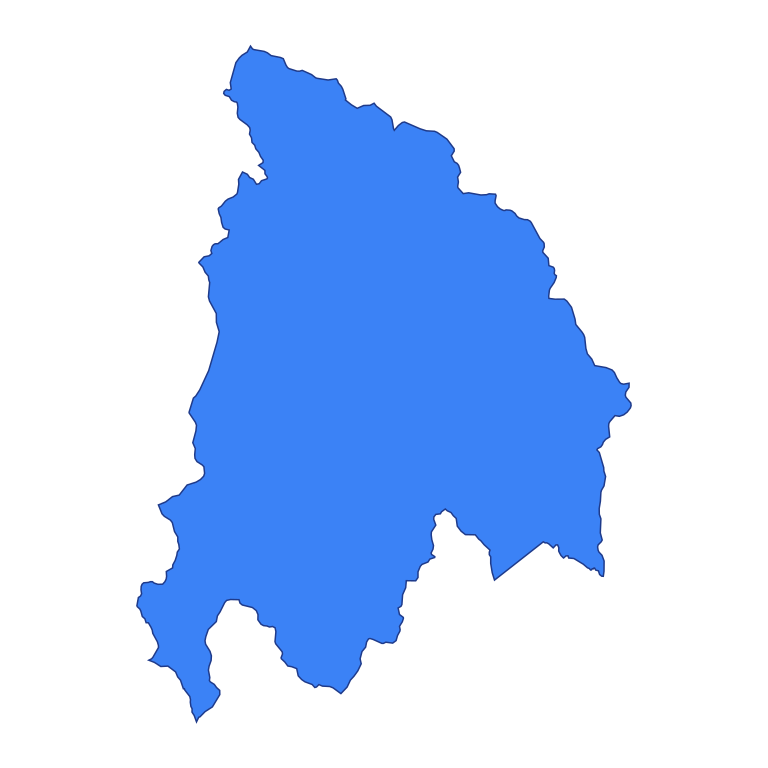 Lam Binh, Tuyên Quang, Vietnam
{"feature_id": "81297802B83942116722165", "entity_name": "Lam Binh", "entity_type": "district", "adm_level": 2, "iso_a3": "VNM", "parent_name": "Vietnam", "parent_adm1": "Tuyên Quang", "projection": "natural_earth1", "projection_center": [105.222, 22.507], "detail": "fine", "context": "isolated", "style": "filled", "palette": "blue", "viewbox_px": 768, "rotation_deg": 0, "n_neighbors": 0, "source": "geoboundaries", "source_scale": "gbopen_adm2", "svg_char_len": 6095}
<svg xmlns="http://www.w3.org/2000/svg" viewBox="0 0 768 768"><path d="M247.3,52.0L242.0,55.3L239.3,57.9L235.9,62.6L230.3,82.6L231.2,89.0L229.1,90.3L226.4,89.4L224.1,91.4L223.7,93.5L225.2,95.3L229.3,96.6L231.5,100.2L234.3,101.7L236.6,102.1L237.3,103.2L237.9,107.1L237.3,113.3L238.1,117.4L240.0,119.5L247.2,124.8L249.7,127.6L250.2,130.1L249.5,134.1L251.5,137.8L252.0,142.4L254.7,145.2L255.8,148.8L258.9,152.4L260.5,156.4L263.2,160.2L263.0,162.6L258.6,165.4L264.9,170.4L265.0,173.8L267.1,176.6L267.5,177.9L266.9,178.9L261.5,180.7L259.2,183.7L256.5,184.3L253.3,179.2L249.6,177.5L247.4,174.3L242.5,172.0L238.5,179.4L238.8,184.2L237.5,192.4L236.9,194.0L233.2,197.0L228.0,199.1L225.4,201.1L221.4,206.1L218.8,207.8L218.2,208.9L219.2,213.7L220.9,217.4L221.6,222.4L223.1,227.3L225.1,229.0L229.2,230.0L227.8,237.5L223.1,239.5L218.0,243.7L215.1,243.8L213.5,244.7L212.1,246.4L210.9,250.5L211.8,253.5L209.1,255.8L204.1,256.8L198.8,262.3L199.1,263.1L202.9,267.0L205.1,272.2L208.3,276.0L208.8,279.9L209.7,282.5L208.4,296.8L209.5,301.0L216.3,313.5L216.4,322.3L219.2,331.7L217.0,342.3L208.7,370.6L199.8,389.8L195.8,396.0L193.4,398.1L189.1,412.1L189.1,412.9L195.4,422.3L196.5,425.3L195.9,431.0L192.8,442.7L195.3,448.6L194.7,454.7L195.0,458.4L197.0,461.6L202.3,465.0L203.9,466.7L204.6,473.4L203.7,476.2L200.5,479.5L196.2,482.1L187.1,485.0L179.2,495.1L172.5,496.6L165.7,501.9L158.4,504.9L162.0,513.8L164.3,516.3L170.4,520.1L172.3,522.6L174.5,531.5L177.8,537.0L177.8,541.5L178.8,544.4L179.4,549.0L177.3,552.1L176.8,555.4L175.2,560.4L172.8,564.9L172.6,567.9L166.3,571.5L166.6,576.4L166.2,579.0L164.9,581.7L162.6,584.2L157.9,584.3L154.2,583.1L152.4,581.7L150.3,581.7L148.4,582.4L143.7,582.8L142.1,584.2L141.2,586.4L141.0,589.9L141.6,593.8L140.5,596.1L138.4,597.5L136.9,605.7L137.3,606.7L139.8,609.0L140.8,611.0L142.3,616.5L144.9,618.8L146.1,622.7L148.4,622.8L151.0,627.3L152.2,630.0L152.8,633.4L157.4,641.8L158.4,645.4L158.5,647.5L152.9,657.3L151.6,658.8L148.8,660.2L154.4,662.4L160.8,666.5L167.9,666.1L175.6,671.9L177.7,676.9L180.5,680.2L183.4,688.8L184.4,688.7L184.9,690.2L189.8,696.5L190.5,699.7L190.3,702.2L190.9,706.4L192.1,708.8L192.0,712.1L194.2,715.5L196.5,721.9L198.7,717.3L200.0,716.8L205.1,711.6L212.4,706.9L219.8,694.6L219.7,690.4L216.5,687.5L214.3,684.4L210.2,681.8L209.4,680.5L209.8,677.5L208.4,670.1L209.1,666.1L211.1,660.5L211.4,655.8L210.0,651.3L205.6,644.2L205.0,640.8L205.8,636.7L208.3,629.4L216.3,621.6L217.4,615.9L220.1,611.8L224.7,602.6L226.6,600.4L230.5,599.5L239.0,599.7L240.0,603.1L242.3,605.0L252.4,607.5L256.3,610.6L258.0,614.6L257.9,619.8L261.0,624.2L263.5,625.6L267.0,626.0L269.4,627.0L272.6,626.5L275.1,627.8L275.9,631.7L275.0,641.6L275.7,643.8L282.2,651.8L282.5,654.0L281.1,657.7L281.3,658.7L284.9,662.1L287.8,666.0L291.7,666.7L296.7,668.6L298.2,675.8L301.6,679.5L304.9,681.8L312.2,684.5L314.8,687.5L316.5,687.0L318.9,684.6L322.4,686.1L329.7,686.5L333.0,687.8L340.9,693.6L347.1,687.1L350.4,680.1L353.9,676.3L357.8,670.9L361.2,663.8L360.1,658.8L362.0,651.5L365.6,647.2L366.6,642.0L368.5,638.9L370.0,638.5L373.0,639.4L381.9,643.4L383.4,643.4L385.8,642.2L392.7,643.1L396.1,640.6L397.5,635.6L399.9,631.1L400.1,629.6L399.5,626.3L402.3,621.8L403.4,618.4L403.3,617.4L399.5,614.5L398.1,608.0L401.0,606.3L401.9,604.5L402.6,594.7L405.7,587.7L406.3,580.7L415.7,580.8L418.0,577.5L418.0,571.8L420.3,566.3L422.0,564.4L428.0,562.0L429.8,559.1L434.7,557.5L434.8,556.6L431.6,554.5L431.1,553.0L433.0,549.1L433.5,545.6L431.8,539.7L431.2,534.8L431.4,531.9L435.8,525.1L433.7,519.3L433.9,516.9L435.8,514.4L440.4,513.8L441.5,511.8L445.3,509.0L447.3,510.8L451.0,512.5L453.3,515.7L456.2,518.4L457.3,526.2L461.1,531.2L465.4,534.6L475.3,534.8L478.8,539.2L480.8,540.7L484.1,544.7L490.0,550.1L489.3,552.1L489.3,554.7L490.7,556.8L490.7,563.4L492.2,572.6L494.5,580.1L543.3,541.8L545.1,542.9L546.8,542.8L548.7,543.8L553.2,547.9L556.0,544.9L557.6,544.9L558.8,547.7L558.7,551.0L559.4,552.6L561.0,555.5L563.2,557.7L563.6,558.0L566.0,555.9L568.0,555.8L568.7,558.0L573.9,558.5L583.3,564.2L587.5,567.8L589.3,568.5L590.6,570.0L591.5,569.9L592.3,568.7L593.3,568.9L593.9,568.1L594.6,568.1L595.7,570.1L598.4,570.8L599.6,574.5L601.7,576.2L603.3,576.3L604.0,571.2L604.1,561.0L602.0,555.3L598.9,552.0L598.1,550.2L597.6,546.9L598.1,544.9L601.2,541.8L602.2,540.0L600.3,532.9L600.9,518.8L599.3,514.3L599.2,508.5L600.4,501.2L600.9,492.3L601.5,490.2L604.0,485.9L605.6,476.5L603.9,471.1L603.7,467.5L599.3,452.5L596.9,449.9L597.6,448.6L600.9,446.8L602.5,444.5L603.3,442.2L605.6,439.4L609.7,436.9L608.6,426.4L608.8,423.6L609.8,421.6L615.0,415.6L619.4,416.3L623.7,414.8L627.2,412.1L630.4,407.9L631.1,405.7L630.8,403.0L625.9,397.2L625.3,395.2L625.8,392.0L629.0,387.3L629.1,383.2L623.6,384.2L620.9,383.5L619.6,382.3L616.8,377.8L614.4,372.5L612.1,370.0L606.1,367.6L594.7,365.6L591.8,359.1L587.4,353.9L585.9,348.5L584.7,337.4L583.7,334.7L582.1,332.2L575.8,324.5L575.0,319.0L571.5,307.3L566.9,301.1L564.3,299.1L555.1,299.2L548.9,298.4L548.7,296.1L549.4,290.2L550.1,288.4L554.1,282.6L556.2,277.6L556.4,275.7L554.9,274.7L554.2,273.4L554.6,270.4L554.2,268.4L553.3,267.2L548.9,265.6L548.2,258.2L542.9,252.4L542.7,250.8L544.3,247.0L544.1,243.5L543.6,242.4L539.9,238.5L531.3,222.6L530.2,221.2L527.5,219.7L524.3,219.6L518.9,217.9L516.7,216.0L515.1,213.5L511.9,210.9L510.0,210.2L506.0,209.9L505.0,210.5L503.3,210.4L500.1,208.9L497.5,206.7L495.1,203.1L495.1,200.8L496.1,195.7L495.5,194.2L489.1,193.8L486.6,194.7L480.9,195.0L468.7,192.8L463.2,193.6L457.9,187.7L457.7,186.2L458.4,182.0L457.6,177.1L460.6,172.3L459.5,168.0L458.6,165.3L457.1,163.4L454.3,161.8L451.3,155.8L454.2,151.1L454.1,148.7L446.9,139.1L437.2,132.4L434.6,131.3L426.3,130.8L420.1,128.8L404.5,122.0L402.3,122.5L398.4,125.5L394.3,130.3L393.5,128.6L392.0,119.8L390.7,117.0L376.4,106.2L374.1,103.2L370.1,105.3L363.7,105.5L357.2,108.3L351.4,104.8L345.4,100.0L345.9,98.8L342.8,89.2L341.3,86.3L338.4,83.1L337.4,80.2L336.2,78.8L328.1,80.0L317.1,78.3L315.6,77.8L311.6,74.6L302.2,70.4L299.5,71.2L296.9,71.1L289.0,68.6L287.5,67.5L286.0,65.1L283.3,58.7L280.5,57.5L271.1,55.6L267.4,52.8L264.2,51.4L253.9,49.6L252.5,48.9L250.5,46.1L247.3,52.0Z" fill="#3b82f6" stroke="#1e3a8a" stroke-width="1.5"/></svg>